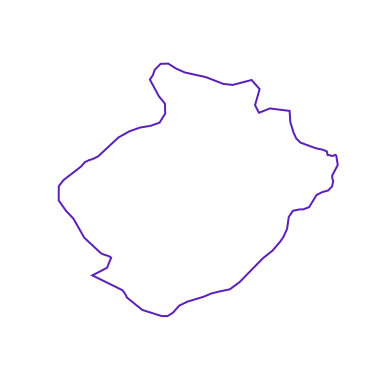 map outline of K. Maras (Robinson projection), rotated 211°
{"feature_id": "TUR-2283", "entity_name": "K. Maras", "entity_type": "Province", "adm_level": 1, "iso_a3": "TUR", "parent_name": "Turkey", "parent_adm1": "", "projection": "robinson", "projection_center": [36.909, 37.929], "detail": "fine", "context": "isolated", "style": "outline", "palette": "violet", "viewbox_px": 384, "rotation_deg": 211, "n_neighbors": 0, "source": "natural_earth", "source_scale": "10m", "svg_char_len": 1181}
<svg xmlns="http://www.w3.org/2000/svg" viewBox="0 0 384 384"><g transform="rotate(211 192 192)"><path d="M117.9,120.3L123.3,114.8L128.1,108.2L139.6,95.5L144.4,88.1L146.2,78.6L149.1,73.0L154.2,70.0L173.9,65.3L193.3,68.0L197.0,70.3L200.9,72.0L234.5,69.2L225.8,83.3L227.5,94.1L230.2,94.2L235.7,92.9L238.5,92.6L260.8,97.3L279.9,108.1L290.1,110.9L301.9,116.1L309.2,128.4L308.3,135.9L300.2,156.8L299.3,162.2L296.5,166.5L294.3,168.8L290.8,174.2L283.1,201.0L276.9,211.8L269.7,220.5L261.4,227.6L255.5,234.8L255.4,245.5L260.7,253.8L269.7,257.0L286.0,266.7L285.7,272.1L286.9,277.5L284.9,285.7L278.5,289.8L269.0,289.6L259.6,290.8L239.4,297.6L220.7,300.8L212.2,304.8L198.6,318.7L187.0,315.0L182.7,298.9L175.4,294.4L168.3,303.7L150.1,311.8L143.6,302.4L135.4,295.1L130.2,291.6L124.4,290.2L112.3,292.5L107.9,293.4L102.3,295.4L97.4,296.3L94.9,293.6L93.0,294.4L91.1,294.9L89.5,295.7L88.6,297.5L87.2,297.6L81.0,290.3L80.3,278.3L78.8,276.0L76.6,274.1L74.8,269.0L76.1,263.4L80.3,259.0L83.7,253.6L83.8,239.3L87.9,234.2L90.8,232.5L95.8,227.9L96.2,220.5L91.5,209.3L90.5,200.7L90.8,195.1L92.8,183.2L97.2,171.4L104.8,139.3L109.5,128.0L117.9,120.3Z" fill="none" stroke="#5b21b6" stroke-width="2"/></g></svg>